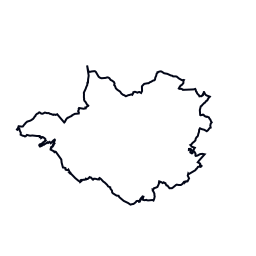 outline of Ticleni, Gorj, Romania, rotated 224°
{"feature_id": "2599482B86520086133698", "entity_name": "Ticleni", "entity_type": "district", "adm_level": 2, "iso_a3": "ROU", "parent_name": "Romania", "parent_adm1": "Gorj", "projection": "albers", "projection_center": [23.405, 44.879], "detail": "fine", "context": "isolated", "style": "outline", "palette": "ink", "viewbox_px": 256, "rotation_deg": 224, "n_neighbors": 0, "source": "geoboundaries", "source_scale": "gbopen_adm2", "svg_char_len": 5751}
<svg xmlns="http://www.w3.org/2000/svg" viewBox="0 0 256 256"><g transform="rotate(224 128 128)"><path d="M98.2,206.7L98.4,206.5L97.8,205.5L97.8,204.9L97.4,204.6L97.4,204.2L96.9,203.7L97.0,203.2L97.4,202.8L97.3,202.2L97.2,202.2L97.3,201.8L97.7,201.6L98.6,200.4L100.1,200.9L100.9,200.8L102.5,201.0L103.5,201.6L104.4,201.5L105.8,202.5L106.8,202.8L107.5,201.5L108.6,200.3L114.6,194.0L114.9,193.9L115.0,193.6L116.6,193.4L118.2,191.9L118.9,191.7L119.4,193.4L119.3,194.1L119.7,194.9L119.2,196.4L119.3,198.1L119.4,198.8L120.9,200.5L121.1,201.3L121.6,201.0L122.0,200.2L122.4,199.9L125.8,199.0L128.7,198.8L129.6,198.2L131.5,196.4L132.3,196.4L133.8,195.5L137.3,194.3L140.0,192.5L143.1,191.9L143.8,191.5L144.6,190.4L145.4,188.8L145.1,188.7L145.2,187.1L144.0,185.1L143.4,183.3L142.2,181.5L142.2,180.6L142.8,179.8L143.6,177.0L144.0,176.3L144.3,174.5L145.0,173.8L147.0,171.0L147.0,168.1L146.8,167.5L143.6,164.4L142.9,162.3L144.8,161.8L145.4,161.0L145.7,160.0L147.8,159.1L148.6,158.3L149.0,157.3L148.4,156.7L148.0,154.8L148.9,154.6L150.1,152.4L150.5,152.0L151.5,149.5L151.8,149.2L153.3,149.1L154.3,148.5L156.7,148.2L158.9,148.7L162.2,148.1L164.3,148.1L166.5,149.2L167.8,149.3L168.6,150.7L170.1,151.3L172.4,151.0L173.9,150.5L176.0,150.9L177.2,150.6L178.1,150.0L178.9,148.5L181.6,145.4L182.4,145.0L183.5,144.6L184.8,144.5L190.1,146.0L191.1,145.9L191.6,145.6L193.3,143.6L194.4,141.9L195.0,141.5L196.3,141.5L200.9,144.6L192.6,138.3L190.5,135.3L188.5,133.0L188.8,132.8L188.7,132.4L187.1,130.5L186.7,129.0L185.6,126.6L184.5,123.3L184.1,122.5L183.3,121.9L181.0,119.4L180.1,118.8L179.6,118.1L178.3,117.3L176.5,117.2L173.8,116.4L172.3,116.5L172.3,116.1L172.1,116.0L172.3,115.6L172.5,113.5L172.8,113.2L172.1,112.7L173.3,111.0L177.1,108.4L176.9,107.6L176.2,107.2L175.6,105.5L174.2,105.1L173.5,104.2L176.1,101.2L177.0,98.4L177.1,97.7L176.9,97.4L177.8,95.3L178.2,93.7L178.6,93.4L178.5,91.0L178.2,90.5L178.1,89.7L177.7,88.9L177.7,88.3L178.2,87.9L178.1,87.7L188.5,88.7L188.7,87.9L189.2,87.4L189.3,87.0L190.5,86.4L190.9,86.0L190.9,85.5L193.1,84.6L194.2,83.9L195.4,83.7L196.6,82.4L198.5,81.4L199.3,79.0L200.4,78.1L202.5,77.8L202.8,77.4L202.8,76.2L203.3,75.1L203.4,74.0L203.3,72.9L202.9,72.1L203.1,71.3L202.8,70.5L202.6,68.5L202.9,67.7L202.9,66.9L203.6,65.0L205.0,62.5L205.0,61.6L205.2,60.6L205.0,60.0L205.0,58.3L204.7,56.1L205.3,55.3L207.9,53.3L207.0,51.3L206.9,49.8L206.3,49.8L205.9,51.7L205.7,52.0L204.0,50.9L201.8,50.1L200.6,48.6L198.4,49.3L197.2,50.1L196.3,50.3L195.9,51.0L195.9,52.8L193.1,54.4L191.6,56.2L187.8,59.1L186.3,60.6L185.9,60.9L185.2,60.2L184.9,60.7L184.3,61.0L183.5,60.4L183.3,61.1L183.5,61.9L182.6,62.4L180.9,62.7L179.7,62.6L179.2,61.9L178.4,61.8L178.5,61.1L178.8,60.8L178.7,59.6L179.1,58.8L178.8,57.7L179.2,57.2L179.3,56.5L179.2,56.3L180.0,55.2L180.1,54.4L179.7,53.8L178.7,53.6L178.6,53.9L178.3,53.8L177.6,55.4L177.2,57.4L176.8,57.7L176.9,58.4L176.6,58.8L176.2,60.7L175.9,60.8L175.8,62.1L175.0,62.0L174.7,63.6L173.0,63.4L173.0,67.4L172.7,68.7L172.2,68.6L170.7,64.8L170.6,65.1L170.8,65.9L170.2,65.9L170.0,64.6L169.5,63.5L169.3,62.1L169.5,61.4L169.9,61.2L170.0,60.7L169.3,60.4L169.3,59.5L168.7,58.7L165.3,59.7L164.1,59.5L164.0,59.8L164.3,60.1L164.2,60.3L163.3,60.7L154.1,59.0L151.7,57.0L147.4,54.4L146.6,55.0L145.2,55.7L144.4,55.2L144.1,54.7L143.8,54.7L141.6,56.1L142.0,56.4L142.0,56.7L139.4,55.8L138.4,55.9L138.2,55.5L138.6,55.1L137.6,55.1L136.9,55.5L131.1,55.3L127.2,55.6L125.4,56.0L124.9,55.8L124.7,57.6L125.7,57.9L125.6,58.2L125.1,58.4L124.1,59.9L123.6,60.1L123.0,61.3L123.1,62.0L122.4,61.9L122.3,62.3L122.5,62.6L121.6,63.3L121.5,65.9L120.9,65.9L120.5,66.6L118.9,66.6L117.8,66.4L117.3,66.5L117.4,67.4L117.2,68.0L116.8,68.1L116.1,68.9L114.2,69.9L113.3,70.7L113.6,70.9L113.8,71.3L113.7,72.3L111.9,72.5L108.5,72.3L107.0,72.6L103.6,72.6L101.7,72.2L99.6,73.0L98.7,72.2L96.0,71.8L94.7,70.7L93.7,70.5L89.3,71.4L87.7,72.7L86.2,72.2L80.4,72.6L75.9,74.1L73.0,74.6L72.0,76.3L71.4,77.0L71.1,78.1L70.9,80.3L71.1,81.1L70.9,81.7L69.3,83.3L69.0,83.4L68.6,82.8L68.4,83.1L68.5,83.6L69.4,84.7L69.1,85.2L69.6,85.3L69.8,85.8L69.9,86.6L69.8,87.4L70.0,88.9L69.2,89.3L67.8,86.6L67.2,86.8L66.0,87.5L64.8,89.1L64.2,89.2L63.2,89.9L60.4,93.2L59.3,93.5L60.0,95.3L61.3,97.4L62.2,97.9L63.4,99.1L65.7,100.0L66.7,100.1L67.6,100.9L67.0,101.2L67.5,102.7L66.6,104.3L65.9,106.0L66.8,108.7L67.3,109.7L67.3,110.1L67.8,110.2L68.5,111.3L66.4,112.2L64.8,112.5L64.6,113.7L63.5,113.8L63.4,114.1L62.6,114.3L61.6,113.7L60.4,113.4L59.7,114.0L56.3,113.5L54.6,115.2L54.3,116.5L53.9,120.2L53.6,121.1L52.1,122.1L50.4,123.7L50.0,125.5L50.3,128.2L49.5,129.5L49.3,129.2L49.3,129.7L48.5,130.3L48.1,131.0L49.1,134.2L51.9,135.2L53.0,137.1L52.3,137.0L50.2,144.5L50.5,145.5L50.3,146.6L50.7,148.6L49.6,150.1L49.0,150.2L48.7,150.7L48.6,151.6L48.8,151.9L49.2,151.9L50.5,151.4L51.4,152.5L54.0,151.8L54.3,154.6L54.6,162.3L56.5,161.1L58.0,159.3L58.9,156.4L59.8,155.0L60.3,155.0L61.7,156.5L64.0,157.1L65.2,156.5L64.7,155.4L64.2,155.0L64.2,154.5L64.4,154.1L66.1,153.7L66.5,153.9L67.0,155.0L68.0,155.9L68.5,155.6L69.0,154.6L69.6,155.3L68.6,156.4L67.6,156.4L66.9,155.7L65.8,156.2L65.7,156.6L65.5,156.8L66.2,160.2L69.0,158.9L71.3,159.1L71.0,159.9L71.2,162.2L70.9,164.3L70.9,165.9L71.9,167.4L72.3,169.1L72.1,170.0L72.4,171.1L73.4,172.7L74.2,174.5L75.6,176.2L76.0,177.8L74.4,178.3L71.9,179.7L69.1,180.4L68.9,181.9L69.2,184.1L69.2,184.8L68.8,185.7L70.5,186.9L71.6,188.7L71.7,190.2L72.8,190.4L74.8,191.3L76.0,191.3L77.1,191.8L78.8,191.2L79.4,190.4L80.1,190.4L80.5,190.0L81.7,189.8L82.4,190.0L83.1,189.9L83.5,189.6L83.6,189.0L84.3,188.2L84.5,187.7L85.1,187.5L88.8,190.8L90.7,194.1L90.4,195.6L90.6,196.3L90.5,198.0L90.6,198.6L90.2,200.0L90.5,200.9L90.5,201.8L90.2,202.3L90.3,203.7L90.6,204.0L90.6,204.6L91.0,205.7L90.8,206.7L90.9,207.4L94.1,206.0L95.1,205.8L96.0,205.9L98.2,206.7Z" fill="none" stroke="#020617" stroke-width="2"/></g></svg>